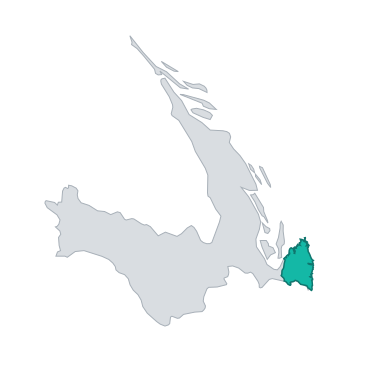 where Istarska sits in Croatia, rotated 194°
{"feature_id": "HRV-1592", "entity_name": "Istarska", "entity_type": "County", "adm_level": 1, "iso_a3": "HRV", "parent_name": "Croatia", "parent_adm1": "", "projection": "mercator", "projection_center": [13.894, 45.143], "detail": "fine", "context": "in_parent", "style": "filled", "palette": "teal", "viewbox_px": 384, "rotation_deg": 194, "n_neighbors": 0, "source": "natural_earth", "source_scale": "10m", "svg_char_len": 6546}
<svg xmlns="http://www.w3.org/2000/svg" viewBox="0 0 384 384"><g transform="rotate(194 192 192)"><path d="M55.6,125.0L57.3,127.7L69.8,131.0L72.5,129.6L74.2,127.3L74.2,125.9L75.3,125.5L79.7,127.7L93.2,127.4L95.9,125.8L101.0,116.3L102.6,115.5L103.7,115.9L104.5,118.7L106.4,121.3L113.3,127.6L115.8,128.4L118.3,126.7L120.9,126.2L128.3,129.5L134.6,130.1L139.2,128.4L136.9,123.3L136.6,120.8L136.9,118.5L140.0,116.3L139.9,115.3L136.0,111.4L136.2,110.4L144.6,105.9L152.8,103.5L154.1,101.5L155.2,93.2L154.7,88.8L151.4,84.7L151.2,82.6L152.0,80.4L153.3,78.4L160.3,76.1L170.6,71.2L173.7,66.7L175.6,65.9L181.4,66.6L182.6,65.4L181.8,58.9L182.8,57.3L185.8,55.4L190.9,56.1L195.1,57.8L206.1,63.6L212.0,68.9L215.2,74.8L219.6,79.3L225.2,82.5L229.6,86.9L232.8,92.4L237.4,95.5L243.2,96.1L246.9,98.0L248.4,101.1L251.6,103.9L256.4,106.4L263.8,107.8L282.6,109.0L290.9,106.0L297.2,98.5L299.8,99.0L308.5,96.8L308.0,101.3L305.4,103.3L308.0,108.0L310.5,115.6L309.1,119.3L310.8,122.2L316.1,125.1L314.6,126.0L313.4,128.5L313.3,133.0L317.5,137.2L328.7,141.8L332.0,145.6L332.1,147.2L331.5,148.3L322.8,148.6L319.5,146.7L319.2,149.7L316.0,150.7L317.8,161.6L317.1,164.8L315.9,165.9L313.5,165.3L312.8,166.3L313.4,168.7L310.2,168.9L305.3,167.7L303.0,165.6L302.6,161.4L301.0,158.1L297.0,154.7L288.7,154.1L279.1,150.9L272.1,151.9L265.4,150.4L259.6,154.7L256.7,154.6L250.8,149.2L249.1,148.9L244.0,151.6L241.9,151.8L233.5,148.9L230.3,148.4L228.1,149.4L224.0,148.3L214.2,141.3L208.1,146.6L195.8,145.3L192.1,149.0L187.9,156.0L184.5,159.3L181.5,158.1L178.0,155.0L171.9,147.1L168.8,145.7L165.3,145.4L162.2,146.2L160.5,147.9L158.1,169.5L158.1,175.6L164.9,181.2L172.9,190.8L175.5,191.9L176.8,195.1L180.7,212.2L184.8,218.2L198.6,232.2L204.5,241.0L222.1,258.3L229.8,261.3L231.1,262.9L231.1,269.5L232.0,272.0L237.2,279.0L247.7,289.2L248.9,291.5L249.3,293.2L248.6,294.5L245.8,295.9L233.7,284.5L224.2,278.2L213.5,266.4L199.1,261.7L189.3,256.5L176.8,258.9L172.8,259.0L169.9,258.0L167.8,254.8L167.8,249.1L162.1,243.9L154.2,238.9L146.8,232.5L131.9,215.1L128.9,209.5L136.6,207.4L145.5,208.5L135.9,201.1L122.2,186.5L118.1,179.5L117.6,172.1L118.6,161.8L116.2,154.4L105.6,144.9L101.7,139.8L93.9,136.8L90.4,137.1L88.4,140.9L86.8,149.1L74.0,170.9L69.0,170.8L63.4,160.5L58.0,152.6L56.8,144.3L52.7,127.4L55.6,125.0ZM286.3,320.4L286.4,322.8L290.1,328.6L273.2,315.6L257.2,305.1L245.8,302.5L230.3,294.0L220.2,291.0L228.5,290.3L252.4,301.6L249.8,298.6L253.2,297.4L256.1,298.3L258.0,302.0L271.4,312.0L280.0,317.9L286.3,320.4ZM98.8,182.7L98.4,185.2L95.5,182.0L94.1,176.1L90.4,166.6L90.0,163.9L91.8,161.2L91.7,158.5L89.2,150.2L91.3,148.8L92.6,148.6L93.1,154.4L94.3,157.8L97.8,161.9L97.1,168.7L97.8,178.3L98.8,182.7ZM114.1,161.4L108.2,162.9L105.4,160.3L104.7,158.2L99.9,157.5L96.4,153.3L100.5,150.0L102.7,144.8L110.7,155.5L114.1,161.4ZM207.9,274.3L200.4,274.5L193.9,273.3L190.7,271.3L191.9,266.7L199.1,267.1L210.2,269.1L212.9,271.5L212.1,272.5L207.9,274.3ZM227.3,283.8L224.0,284.4L202.8,283.9L196.7,282.6L188.4,278.0L195.3,277.0L201.7,278.0L203.7,280.6L227.3,283.8ZM132.0,204.2L130.8,206.0L118.9,194.3L117.6,190.3L111.7,182.3L110.8,180.2L116.2,185.4L118.2,185.9L123.4,191.0L128.5,197.6L134.5,203.3L132.0,204.2ZM201.5,292.2L210.3,294.0L216.7,293.1L222.5,294.3L227.0,297.3L217.0,296.6L211.0,298.7L205.7,297.6L203.6,296.2L202.2,294.5L201.5,292.2ZM132.0,231.6L132.7,233.2L129.5,232.6L117.9,218.2L116.7,215.4L120.8,218.7L132.0,231.6ZM111.4,170.3L116.3,179.0L111.8,176.3L107.8,175.3L107.0,173.3L108.4,170.1L111.4,170.3ZM246.9,306.9L253.4,311.3L234.4,305.5L238.6,304.9L246.9,306.9ZM140.7,228.2L143.8,233.1L140.9,232.1L137.7,229.1L135.9,225.8L140.7,228.2ZM134.1,222.4L134.8,224.7L128.9,220.3L126.2,216.0L134.1,222.4Z" fill="#d9dde1" stroke="#a8b0b8" stroke-width="1"/><path d="M58.6,128.9L59.5,128.9L64.2,128.7L66.4,130.1L67.0,130.7L67.8,131.0L70.3,131.3L70.8,131.0L71.2,130.3L71.9,129.6L74.2,128.7L74.8,127.8L73.8,126.6L73.8,125.9L73.9,125.4L74.3,125.2L75.0,125.4L76.3,125.6L76.9,126.0L77.6,126.6L78.8,127.5L80.0,127.9L81.1,128.0L81.1,128.6L81.2,128.9L81.3,129.5L81.8,130.2L82.2,130.6L84.7,132.1L85.2,132.4L85.3,132.7L85.1,133.1L85.0,133.4L85.0,133.9L85.1,134.6L85.5,136.6L85.6,137.3L85.6,137.8L85.4,138.5L85.0,139.4L84.9,139.8L84.8,140.2L84.8,141.4L85.2,145.1L85.2,146.7L85.2,147.3L85.2,147.9L85.2,148.3L85.4,148.8L85.6,149.0L86.7,149.5L86.6,149.8L85.5,151.4L84.1,150.8L84.9,151.8L84.8,152.8L84.2,153.7L83.4,154.5L83.1,154.0L82.9,154.6L82.9,155.1L83.1,156.3L82.9,156.2L82.6,156.0L82.4,155.9L82.4,156.3L83.2,157.2L83.5,158.6L83.4,160.2L82.8,161.4L82.2,161.8L81.9,161.8L81.5,161.5L81.0,161.4L80.4,161.6L79.9,162.1L79.4,162.8L79.2,163.3L78.9,163.3L79.0,162.0L79.4,161.4L79.6,160.8L79.2,159.6L78.2,158.6L78.0,158.1L78.1,157.7L78.1,157.3L77.5,157.3L77.7,158.1L77.5,159.3L77.7,159.8L78.2,160.1L78.6,160.2L79.0,160.3L79.2,161.0L78.7,161.5L78.0,162.8L77.7,163.2L77.5,162.8L77.2,162.8L77.4,163.3L77.5,163.8L77.5,164.5L77.2,165.1L76.9,165.0L76.7,165.0L76.9,165.6L76.9,166.0L76.7,166.0L76.6,166.3L76.6,166.5L76.1,166.2L75.0,166.5L74.3,166.5L74.7,166.8L74.9,167.1L75.3,167.9L74.9,167.9L74.9,168.3L75.3,168.3L75.3,168.8L74.9,169.0L74.7,169.3L74.3,170.1L74.4,170.6L74.5,170.8L74.5,171.0L74.3,171.5L74.8,171.5L75.1,171.6L75.3,171.9L75.6,172.4L73.9,172.5L73.0,172.4L72.4,171.9L72.3,172.2L72.3,172.3L72.0,172.4L71.7,171.4L71.3,171.2L70.8,171.4L70.4,171.1L70.0,171.5L70.6,171.7L71.1,172.1L71.3,172.7L71.1,173.4L71.5,174.5L71.7,174.8L71.0,175.1L70.8,174.5L70.8,173.4L70.7,172.4L70.4,172.2L69.0,171.6L68.4,171.5L68.5,171.3L68.7,170.8L68.8,170.6L68.6,170.6L68.3,170.6L68.1,170.6L68.4,170.1L68.1,169.6L67.6,169.8L66.8,169.5L66.1,169.0L65.5,168.3L65.8,167.9L66.3,168.6L67.0,168.8L67.7,168.4L68.1,167.4L66.8,167.7L66.3,167.6L65.8,166.9L65.8,166.5L66.0,166.3L66.3,165.9L66.5,165.6L65.9,164.9L64.9,162.3L62.9,160.2L60.5,156.8L60.1,156.5L59.5,155.8L58.7,155.2L57.7,155.0L57.9,154.6L58.2,153.9L58.4,153.6L57.2,152.0L58.4,151.1L62.6,150.8L61.7,150.4L60.6,150.2L58.4,150.3L57.2,150.7L56.6,150.7L56.4,150.1L56.5,149.4L56.6,148.8L56.6,148.4L56.1,148.1L56.3,147.6L56.3,147.3L56.2,147.0L55.8,146.7L55.8,146.2L56.2,146.0L56.3,145.6L56.3,145.0L56.1,144.4L56.4,143.7L56.4,143.0L56.0,142.4L55.4,142.1L55.6,141.6L55.9,141.3L56.2,141.1L56.7,141.1L56.7,140.7L56.2,140.4L55.9,140.1L55.6,139.8L55.4,139.3L55.9,139.2L56.3,138.9L57.1,138.3L56.5,138.0L55.2,138.0L54.8,137.9L54.3,137.4L53.8,136.6L53.8,135.9L54.5,135.6L54.5,135.1L53.9,134.5L52.5,130.5L52.6,130.4L52.7,130.2L52.8,130.0L52.6,129.7L52.8,129.1L52.1,127.3L51.9,126.3L52.2,125.4L52.5,125.4L53.0,125.7L55.1,126.8L56.1,126.9L57.7,128.7L58.6,128.9Z" fill="#14b8a6" stroke="#0f766e" stroke-width="1.5"/></g></svg>